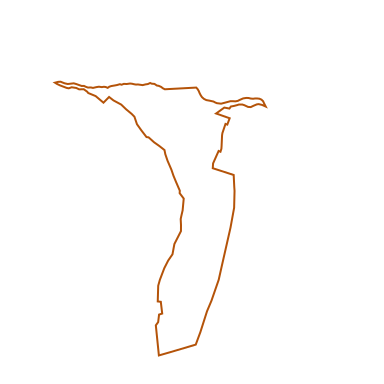 Junín, Mendoza, Argentina (Albers equal-area conic projection), rotated 72°
{"feature_id": "61730980B95365862986383", "entity_name": "Junín", "entity_type": "district", "adm_level": 2, "iso_a3": "ARG", "parent_name": "Argentina", "parent_adm1": "Mendoza", "projection": "albers", "projection_center": [-68.566, -33.138], "detail": "fine", "context": "isolated", "style": "outline", "palette": "amber", "viewbox_px": 384, "rotation_deg": 72, "n_neighbors": 0, "source": "geoboundaries", "source_scale": "gbopen_adm2", "svg_char_len": 2111}
<svg xmlns="http://www.w3.org/2000/svg" viewBox="0 0 384 384"><g transform="rotate(72 192 192)"><path d="M338.3,235.6L327.8,227.3L310.1,214.6L301.3,207.0L283.7,193.7L272.2,186.9L257.1,177.9L237.8,166.4L220.0,156.8L204.1,151.2L200.5,150.3L188.7,147.1L175.8,164.9L171.3,163.1L161.2,154.0L162.5,152.5L160.0,150.7L157.8,149.8L147.4,145.9L145.4,144.9L137.6,139.1L138.8,137.6L133.5,133.4L124.8,144.8L121.7,135.2L124.2,130.6L122.7,128.6L123.1,125.7L123.3,122.4L123.3,120.5L124.3,117.2L125.6,115.4L127.1,113.8L128.4,112.4L129.4,109.9L129.0,106.9L128.7,103.3L129.0,101.5L130.8,98.5L133.5,95.5L129.7,96.1L127.7,96.3L125.6,97.4L124.1,99.1L123.2,101.1L122.5,103.3L122.2,105.1L121.2,107.4L120.1,109.1L119.3,111.3L118.8,114.4L119.2,118.5L119.5,120.3L119.2,122.7L118.1,125.5L117.5,127.5L117.4,130.0L117.2,133.5L117.0,137.0L115.2,140.9L114.0,142.3L112.6,143.6L110.5,147.2L109.0,150.0L107.1,151.9L104.9,153.2L102.8,153.8L100.4,154.2L97.9,154.4L95.8,154.9L94.0,155.7L85.9,186.1L84.4,187.6L82.5,188.9L80.7,190.9L79.9,192.5L77.6,194.3L76.5,196.9L75.4,198.1L75.7,200.6L75.3,203.0L75.1,205.9L73.1,210.0L72.4,212.3L71.6,213.8L70.5,215.6L69.7,217.4L69.1,220.8L68.1,223.4L68.2,225.8L67.2,227.3L67.1,230.2L66.9,231.9L66.3,236.0L66.3,238.1L66.9,240.0L65.5,241.6L64.7,243.3L64.4,245.3L63.1,248.0L62.7,250.6L62.4,254.0L61.3,255.9L60.5,258.7L59.2,260.4L57.7,262.0L57.1,264.1L53.5,268.8L52.1,270.9L50.9,276.8L49.3,279.5L47.7,281.5L46.5,282.9L45.9,285.2L45.7,288.5L47.3,287.2L49.9,284.5L54.3,279.0L55.3,277.2L55.2,274.1L57.3,269.9L59.5,267.6L60.8,263.2L64.2,260.7L65.8,260.1L71.0,254.0L79.7,248.6L76.0,241.5L80.6,238.4L87.0,232.3L93.0,229.1L99.0,225.3L102.6,223.5L110.5,223.4L117.8,221.1L125.7,218.3L126.6,216.4L133.0,212.7L138.1,208.9L143.6,205.2L147.8,205.7L154.7,205.6L164.4,204.7L170.8,204.6L177.3,204.1L187.0,203.2L189.3,204.1L195.7,201.9L206.6,206.6L211.4,209.5L214.2,211.1L220.1,212.7L225.8,214.6L236.0,224.8L245.2,229.8L249.8,235.8L255.9,241.9L265.6,249.7L270.7,253.1L285.5,258.4L286.8,255.6L298.4,257.9L298.4,261.2L305.3,264.4L307.6,267.6L337.2,274.0L337.6,262.6L338.3,235.6Z" fill="none" stroke="#b45309" stroke-width="2"/></g></svg>